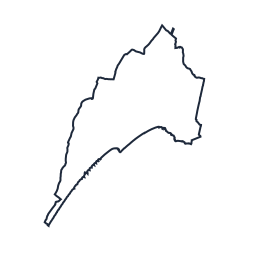 Coveñas, Sucre, Colombia, rotated 186°
{"feature_id": "7082276B10536000233920", "entity_name": "Coveñas", "entity_type": "district", "adm_level": 2, "iso_a3": "COL", "parent_name": "Colombia", "parent_adm1": "Sucre", "projection": "natural_earth1", "projection_center": [-75.653, 9.406], "detail": "fine", "context": "isolated", "style": "outline", "palette": "slate", "viewbox_px": 256, "rotation_deg": 186, "n_neighbors": 0, "source": "geoboundaries", "source_scale": "gbopen_adm2", "svg_char_len": 5682}
<svg xmlns="http://www.w3.org/2000/svg" viewBox="0 0 256 256"><g transform="rotate(186 128 128)"><path d="M137.6,201.4L139.1,200.5L139.5,200.0L143.7,190.9L144.8,189.1L145.2,187.2L145.8,185.6L146.5,182.6L146.3,182.5L146.3,181.4L147.4,174.9L152.5,174.5L154.5,174.6L155.8,174.3L158.1,175.0L158.9,174.9L160.2,175.3L160.6,175.3L162.2,174.8L162.7,174.9L163.0,173.1L164.0,170.6L163.1,169.2L164.7,163.8L165.5,162.8L166.0,158.3L166.0,154.3L166.1,153.6L166.8,153.1L167.1,153.1L167.6,153.8L169.5,153.4L173.3,151.7L175.5,150.0L176.2,149.3L177.0,147.6L177.0,145.1L177.2,144.5L178.9,141.6L179.1,140.6L179.1,138.4L179.3,137.7L180.2,136.3L180.5,135.4L182.0,133.0L182.5,131.6L183.0,130.1L183.2,128.2L182.9,124.3L182.3,123.0L182.1,121.3L183.6,117.1L184.0,113.4L184.5,112.5L186.1,107.7L186.2,107.4L186.1,107.0L185.5,106.7L185.3,106.3L185.3,105.7L185.5,104.4L186.2,102.3L186.3,101.8L186.0,100.6L185.8,98.4L185.9,97.6L186.6,95.4L186.7,94.7L186.7,91.0L186.5,88.7L186.1,87.4L186.1,86.7L186.5,85.7L186.5,84.9L187.1,83.7L187.8,83.1L189.1,81.1L189.2,80.6L189.9,79.4L190.0,78.2L189.9,76.8L190.1,75.5L189.9,72.8L190.0,71.6L189.7,69.0L189.8,68.6L189.9,67.9L190.8,66.0L191.2,64.3L191.4,63.4L191.6,60.3L192.2,58.0L193.3,55.4L193.9,54.4L192.1,53.0L189.9,51.8L187.4,50.1L187.5,50.0L188.8,48.5L189.6,47.7L189.9,47.6L190.6,47.5L191.1,47.2L191.6,47.2L192.0,46.9L192.2,46.6L192.1,46.1L192.6,44.3L192.4,44.1L194.7,40.5L197.7,35.3L198.4,34.0L198.6,33.0L199.0,32.4L199.1,31.7L199.3,31.1L199.5,29.1L199.8,28.4L200.2,28.0L201.0,25.6L199.4,24.5L198.1,24.0L197.6,23.5L197.7,22.9L196.8,22.4L196.8,22.9L196.5,23.5L194.7,27.4L194.2,28.1L193.6,27.9L194.0,28.2L193.9,28.7L193.4,29.9L192.7,31.0L192.3,32.3L191.7,33.4L191.2,34.0L190.6,35.6L190.1,36.5L189.8,36.8L189.8,37.3L189.0,38.9L188.6,39.6L188.2,39.8L187.9,40.8L187.3,42.0L186.8,42.7L186.0,44.6L185.3,45.5L184.7,47.1L183.8,48.3L182.8,50.5L182.2,51.2L182.0,51.8L181.6,52.8L181.0,53.6L180.6,53.9L180.0,55.5L178.9,56.8L178.7,57.6L178.3,58.4L177.5,59.5L177.3,60.1L176.8,60.9L175.8,61.7L175.4,61.9L175.6,62.0L175.6,62.3L174.9,64.1L174.6,64.7L174.2,65.0L174.1,65.4L173.7,66.0L173.1,66.5L172.5,66.7L172.4,67.6L171.8,69.2L171.0,69.9L170.5,71.1L169.4,72.1L168.5,72.5L168.6,73.1L168.2,74.1L167.6,74.6L166.3,74.5L166.6,75.0L166.7,75.7L166.6,76.3L165.8,77.9L166.4,78.4L166.4,78.8L166.2,79.3L165.7,79.0L165.0,79.3L164.7,79.3L164.4,79.0L163.7,78.7L163.4,78.4L163.4,78.9L164.0,80.0L164.0,80.6L163.1,82.0L162.5,82.1L161.7,82.0L162.0,83.0L161.9,83.9L161.6,84.3L161.4,84.3L160.9,84.8L159.9,84.8L160.0,86.2L159.6,86.9L158.9,87.7L158.5,87.8L157.8,87.5L158.0,88.0L158.0,88.9L157.4,89.6L156.5,89.8L156.0,89.6L156.3,90.8L156.1,91.3L155.7,91.9L155.4,92.0L155.2,91.9L154.9,92.0L154.2,91.7L154.0,91.8L154.4,92.3L154.5,93.1L154.3,93.4L154.0,93.6L153.7,93.3L153.9,93.9L153.6,94.1L153.3,94.1L152.4,93.7L151.9,94.2L152.1,94.7L152.0,94.9L151.4,95.8L148.4,99.2L144.1,103.4L142.5,104.8L141.4,105.6L140.2,106.1L138.6,106.5L137.8,106.4L137.6,106.6L137.0,106.7L136.4,106.5L135.8,105.8L135.6,106.3L135.0,105.9L135.2,105.6L134.9,105.3L135.0,105.2L134.2,103.8L134.0,103.5L133.6,103.3L133.3,103.1L132.9,103.2L132.6,103.8L129.7,107.4L129.4,107.5L127.5,109.6L125.6,111.6L125.2,111.9L123.3,114.0L123.2,114.1L123.0,114.4L122.5,114.8L121.6,115.8L120.1,117.2L119.6,117.8L119.0,118.3L116.9,120.2L112.9,123.6L111.1,124.9L111.0,124.7L107.5,127.3L104.4,129.3L100.7,131.3L98.0,132.4L97.3,132.4L97.1,131.7L95.8,132.3L94.8,132.4L94.3,132.1L93.9,131.3L94.0,131.0L94.5,131.1L93.2,130.6L93.2,130.8L93.6,130.9L93.6,131.2L93.4,131.5L93.0,131.8L92.0,131.9L91.1,131.8L91.0,131.6L91.4,131.5L91.4,131.3L91.0,131.2L91.0,130.8L91.0,130.6L90.6,130.5L90.3,130.3L90.0,129.3L89.8,129.0L89.1,128.8L88.7,128.4L87.4,127.5L86.9,127.4L86.7,127.5L86.4,127.4L85.7,127.5L85.3,127.4L84.4,126.8L84.5,126.0L83.6,125.8L83.7,125.5L81.8,125.2L80.6,123.4L80.5,123.1L80.8,122.9L80.9,122.7L80.8,122.4L80.6,121.8L80.7,121.6L80.6,121.4L80.3,121.4L79.9,121.1L79.9,120.9L80.0,120.4L79.7,120.0L79.2,119.8L77.4,120.4L77.2,120.5L74.1,120.4L72.6,120.6L72.6,120.2L71.3,120.2L70.2,119.6L69.9,118.7L69.5,118.6L69.3,118.4L68.7,118.7L68.4,118.6L67.8,118.8L65.8,118.9L65.7,119.1L63.6,118.5L63.3,119.2L63.4,120.0L63.2,122.2L63.3,122.5L55.0,126.9L55.2,127.6L56.8,128.7L56.9,128.9L56.0,136.6L55.9,137.3L55.7,137.6L55.7,138.7L57.1,138.8L59.4,141.2L60.5,141.8L60.7,142.1L60.7,143.3L61.4,143.7L61.5,144.5L60.9,151.2L60.9,151.8L60.3,157.3L59.9,160.5L59.6,162.3L59.5,166.0L59.1,167.4L59.1,168.4L58.4,174.3L58.2,176.9L57.8,178.2L57.9,179.0L57.7,179.8L57.7,180.9L57.4,182.4L57.4,184.8L58.0,184.8L59.6,185.3L60.4,185.2L61.9,185.6L63.3,185.6L64.5,185.2L65.1,185.2L66.2,185.7L66.9,186.2L67.5,187.0L67.3,187.4L67.5,187.6L67.8,187.4L69.0,188.2L69.7,188.9L70.2,189.7L70.7,190.9L71.6,191.9L72.4,193.1L73.7,193.5L74.4,193.5L75.6,194.0L76.5,194.7L77.5,196.1L79.3,197.5L80.1,199.7L80.5,203.9L80.3,204.9L80.3,205.8L80.9,208.0L81.4,209.0L81.4,210.0L81.6,212.0L82.9,213.7L83.3,213.7L84.3,214.1L85.0,213.4L85.2,213.5L85.4,213.9L85.6,214.0L87.4,212.9L87.9,212.7L88.5,212.7L89.2,212.5L89.2,213.2L89.4,213.6L89.2,214.2L89.4,214.7L89.5,215.7L89.9,216.1L89.9,216.4L89.6,217.0L89.5,217.9L89.3,218.7L89.9,220.0L89.6,222.0L93.1,224.3L94.4,225.3L93.3,229.6L92.8,231.1L93.6,231.6L94.7,227.6L95.1,226.6L95.4,226.3L95.7,226.2L96.4,226.6L96.9,227.2L98.8,228.8L99.7,228.9L100.3,229.2L104.0,232.9L104.8,233.6L105.5,231.9L107.1,227.5L108.1,225.6L111.9,220.2L112.4,219.1L113.9,217.1L115.0,215.1L115.8,213.8L116.8,212.5L117.6,211.7L118.1,211.0L118.8,210.5L119.9,208.9L120.1,207.6L119.9,206.5L119.7,203.9L119.7,203.6L119.9,203.3L121.2,203.4L122.7,203.9L123.5,204.3L124.4,204.5L128.1,205.0L130.4,206.2L132.1,206.4L132.6,206.1L133.9,204.4L136.8,201.2L137.6,201.4Z" fill="none" stroke="#1e293b" stroke-width="2"/></g></svg>